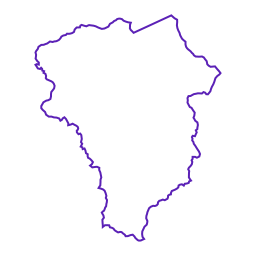 Itaberá, São Paulo, Brazil
{"feature_id": "56859067B47195515530688", "entity_name": "Itaberá", "entity_type": "district", "adm_level": 2, "iso_a3": "BRA", "parent_name": "Brazil", "parent_adm1": "São Paulo", "projection": "albers", "projection_center": [-49.149, -23.906], "detail": "fine", "context": "isolated", "style": "outline", "palette": "violet", "viewbox_px": 256, "rotation_deg": 0, "n_neighbors": 0, "source": "geoboundaries", "source_scale": "gbopen_adm2", "svg_char_len": 4038}
<svg xmlns="http://www.w3.org/2000/svg" viewBox="0 0 256 256"><path d="M54.4,41.4L52.6,42.0L50.0,41.5L47.2,43.5L45.4,44.1L43.7,44.8L41.3,44.9L38.5,46.8L37.7,49.1L36.3,50.8L35.5,52.4L36.1,54.8L35.9,56.9L35.6,58.6L37.2,61.0L38.8,62.5L38.8,64.6L36.8,64.1L35.5,64.8L36.6,66.4L37.8,68.4L40.1,69.0L41.1,67.8L42.1,68.8L42.3,70.6L44.1,71.2L43.5,72.8L45.4,73.8L46.1,75.9L45.8,78.1L46.7,79.3L51.3,81.3L52.7,82.2L53.8,83.7L54.6,85.8L54.1,88.4L53.0,89.9L51.3,92.0L51.0,94.1L51.0,96.4L50.4,99.0L48.3,100.2L46.3,100.6L43.4,102.3L42.2,104.5L41.3,106.0L41.3,108.2L42.7,109.9L45.1,112.0L46.1,114.7L48.8,116.6L51.5,116.6L53.9,117.4L56.6,117.6L59.2,118.5L60.4,120.7L61.8,119.9L62.8,118.3L64.4,117.3L66.0,119.0L67.4,121.6L68.4,123.5L68.2,125.2L69.6,124.9L70.9,124.5L72.6,123.7L74.5,124.8L76.3,125.7L77.7,126.8L78.2,128.3L77.8,129.7L76.8,130.6L76.9,132.3L78.5,134.2L80.2,133.6L81.3,135.1L81.5,136.7L81.8,139.0L81.0,142.1L82.2,143.8L80.7,146.6L82.3,147.3L82.7,149.1L84.5,148.5L85.4,150.4L86.0,153.2L87.7,154.2L87.6,156.1L88.1,157.8L89.7,158.6L90.9,159.7L91.9,160.8L92.9,162.1L91.9,164.2L90.1,165.6L92.3,167.4L94.1,167.1L95.6,166.9L97.0,166.8L99.3,167.8L99.2,170.0L100.3,172.4L101.3,177.4L100.5,179.7L100.5,182.0L100.3,185.5L99.3,186.8L98.6,188.0L100.5,188.5L103.0,189.4L104.6,190.7L105.6,193.1L106.4,195.9L105.8,197.9L107.0,200.0L106.8,202.3L106.4,203.8L106.1,206.3L105.2,207.5L104.6,209.3L104.0,210.7L102.8,211.5L101.8,212.6L102.6,214.1L103.4,215.4L103.9,217.7L102.4,219.7L102.6,223.2L102.8,225.2L102.8,226.9L105.0,225.2L107.2,225.2L109.2,225.3L109.9,227.3L112.0,227.8L113.5,228.6L114.6,230.2L116.5,231.5L118.1,232.4L120.1,231.9L121.6,232.1L123.1,233.5L124.8,234.7L125.6,236.2L127.9,236.1L130.5,235.1L132.7,234.7L134.5,236.5L135.3,237.9L137.7,240.1L138.9,240.6L140.8,240.5L142.5,239.7L144.1,239.0L142.5,236.8L142.1,234.0L142.3,231.4L143.3,229.3L144.5,226.7L146.7,224.7L147.2,222.8L147.4,221.0L146.2,218.3L146.4,215.9L147.1,213.7L147.4,212.2L148.0,210.8L149.1,208.2L150.9,206.7L153.1,205.8L154.9,206.0L156.6,205.4L157.8,204.1L158.0,202.3L159.3,200.8L160.8,200.4L162.8,199.6L164.8,200.2L167.5,198.7L168.0,197.2L168.1,195.6L169.4,194.7L170.9,194.4L171.0,192.8L171.8,191.0L175.0,189.7L177.1,188.5L178.3,187.4L178.6,185.5L179.9,184.7L181.9,184.3L183.8,185.6L184.7,183.8L186.9,183.5L188.7,182.9L189.1,181.4L191.0,180.6L189.9,179.1L188.9,177.4L189.0,172.7L189.2,171.1L188.2,169.2L188.9,167.7L190.5,166.1L191.8,164.3L192.3,161.9L191.6,160.3L192.6,158.9L192.6,156.9L195.2,156.9L196.9,157.7L199.3,156.5L200.0,154.0L199.0,151.6L197.2,148.9L195.1,145.5L193.8,143.8L193.4,142.0L192.2,140.4L192.5,138.6L191.9,137.1L192.7,135.8L195.0,136.2L195.8,134.2L196.7,132.4L195.8,130.3L197.3,129.1L197.4,127.6L197.9,125.0L197.4,122.4L195.2,120.7L194.4,119.1L193.5,117.7L194.3,115.7L194.7,112.6L193.6,111.1L192.5,109.4L191.5,107.8L189.8,107.0L188.6,104.8L187.5,102.6L187.8,100.3L187.5,98.1L188.5,96.1L190.5,96.0L192.6,94.8L194.0,94.1L195.7,93.8L198.0,93.3L200.4,93.4L201.9,93.5L203.5,92.1L205.2,92.7L206.3,94.2L207.9,94.3L209.0,93.0L210.4,91.2L211.0,89.0L211.9,86.8L213.3,84.3L214.3,81.8L215.4,78.2L217.3,76.0L219.4,74.5L220.5,73.1L219.0,71.1L217.1,69.0L215.0,66.4L212.6,66.6L210.6,66.8L208.7,65.7L207.3,64.3L206.7,61.2L204.9,59.0L203.9,57.5L202.0,56.5L199.3,56.7L197.2,56.6L195.6,56.5L193.9,55.3L193.1,53.9L191.9,52.9L190.6,51.3L188.1,49.3L187.1,48.3L186.1,46.8L185.5,44.5L185.5,41.7L183.7,40.3L182.0,38.7L180.2,35.3L179.5,32.8L178.3,30.5L177.4,28.1L176.9,25.3L177.2,21.9L177.1,19.7L174.6,18.3L173.1,17.0L171.3,15.4L149.7,25.4L133.6,32.8L132.3,31.4L130.8,30.0L129.9,28.4L130.0,26.6L130.0,24.8L130.8,22.7L128.1,22.3L125.8,21.6L123.6,20.7L121.9,19.1L119.9,18.6L118.5,18.7L117.1,19.1L116.0,20.2L114.1,21.0L112.7,22.4L110.0,23.8L108.4,26.6L104.5,28.5L101.8,28.9L100.5,28.4L98.4,27.6L95.7,26.3L93.6,25.7L90.5,25.3L89.1,25.1L87.8,25.6L86.4,26.3L84.4,25.8L81.6,24.9L80.4,25.6L79.9,27.4L76.6,27.5L74.7,29.5L74.0,31.9L72.1,33.1L70.3,33.6L69.0,33.8L67.0,33.7L65.8,35.0L63.3,35.5L61.4,36.6L60.5,38.2L59.1,39.8L57.3,40.8L55.9,41.3L54.4,41.4Z" fill="none" stroke="#5b21b6" stroke-width="2"/></svg>